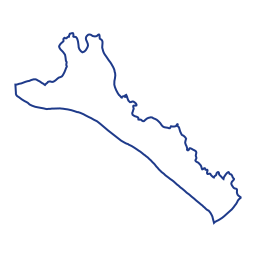 Lvea Aem, Kândal, Cambodia (Natural Earth projection)
{"feature_id": "14789045B58645721856410", "entity_name": "Lvea Aem", "entity_type": "district", "adm_level": 2, "iso_a3": "KHM", "parent_name": "Cambodia", "parent_adm1": "Kândal", "projection": "natural_earth1", "projection_center": [105.137, 11.518], "detail": "fine", "context": "isolated", "style": "outline", "palette": "blue", "viewbox_px": 256, "rotation_deg": 0, "n_neighbors": 0, "source": "geoboundaries", "source_scale": "gbopen_adm2", "svg_char_len": 5776}
<svg xmlns="http://www.w3.org/2000/svg" viewBox="0 0 256 256"><path d="M214.0,222.9L214.9,222.0L216.7,221.0L218.2,220.3L219.9,219.3L222.2,217.8L224.2,216.2L230.2,210.8L231.8,209.4L232.8,208.2L233.7,207.1L235.0,205.3L236.2,203.8L237.1,202.2L237.9,200.5L238.9,199.3L239.7,198.6L240.6,197.9L240.6,197.2L238.5,195.7L237.8,195.0L237.3,194.0L236.9,192.6L237.0,189.8L236.8,189.2L236.0,188.7L234.9,188.5L233.9,188.0L233.3,187.4L231.9,185.3L231.4,184.2L231.3,183.3L231.9,181.8L233.1,180.5L233.9,179.5L234.0,178.9L233.2,178.0L232.7,177.3L232.2,176.0L231.9,175.3L231.4,174.7L231.1,174.4L230.5,174.3L229.5,173.8L228.9,172.4L228.4,172.1L228.0,172.3L227.5,172.6L226.9,173.1L225.7,174.5L225.2,175.3L224.8,175.9L224.3,176.6L223.9,177.3L223.7,178.2L223.5,179.0L223.1,178.7L222.5,178.1L221.8,177.3L221.2,176.6L219.6,175.1L219.0,174.1L219.0,173.2L218.8,172.7L218.4,172.1L217.8,172.1L217.2,172.5L216.5,173.4L216.4,174.4L216.0,175.2L214.6,176.2L214.1,177.0L213.9,177.5L213.4,177.3L212.2,176.3L211.7,175.8L211.1,175.2L210.5,174.3L210.3,173.8L209.5,173.6L208.0,174.0L207.6,174.0L207.2,173.6L207.0,172.7L207.1,172.0L207.5,170.7L207.5,170.2L207.2,169.8L206.6,169.8L206.0,169.8L205.5,169.7L204.9,168.3L204.3,168.2L203.9,168.4L203.2,169.0L202.6,169.3L202.2,169.3L201.9,168.8L201.3,166.7L200.9,165.7L200.6,165.2L198.9,163.3L198.3,162.7L196.5,161.8L195.7,161.1L195.4,160.4L195.6,159.8L196.3,158.5L196.4,157.9L196.3,157.4L195.8,155.9L195.8,155.3L196.2,153.4L196.3,152.8L196.3,152.4L196.0,151.5L195.5,151.0L194.9,150.6L194.0,150.1L193.1,149.7L191.6,148.8L190.7,148.4L189.9,148.2L189.6,148.4L188.8,149.8L188.1,150.3L187.7,150.3L187.2,150.0L187.0,149.5L187.2,148.5L187.1,148.0L186.9,147.4L186.4,145.9L185.8,144.8L185.2,142.9L185.2,142.2L185.4,141.3L185.6,140.3L185.8,139.7L186.1,138.8L185.4,137.5L184.3,136.4L183.5,135.7L182.2,135.1L181.7,134.7L180.3,131.8L179.9,130.6L179.1,127.8L178.6,126.9L177.9,126.4L177.5,125.9L177.4,125.5L177.7,124.4L177.3,124.2L176.9,124.6L176.0,126.1L174.4,126.5L173.3,126.5L172.2,126.5L171.5,126.3L170.9,126.3L170.3,127.6L169.8,128.2L169.0,128.2L168.3,128.0L167.9,127.8L164.7,127.3L163.8,127.0L162.9,126.5L161.8,125.4L160.3,123.2L159.1,121.9L157.5,120.4L156.6,119.7L155.0,118.9L153.4,118.3L152.2,117.5L150.8,117.3L148.3,117.9L146.7,118.7L145.8,119.5L145.4,119.8L144.0,121.1L143.1,121.2L142.2,120.8L141.6,120.2L140.9,119.7L139.9,119.5L139.2,119.7L138.4,119.5L138.3,118.5L138.2,117.6L137.2,117.0L136.2,116.6L134.8,116.2L133.9,115.7L132.6,114.8L132.3,113.7L132.2,113.1L132.8,111.6L133.2,110.0L133.7,108.8L133.6,108.3L133.3,107.2L133.2,106.1L133.8,105.6L134.6,105.6L135.9,105.6L136.4,105.4L136.5,104.6L136.0,103.6L134.8,102.5L133.5,101.6L132.3,101.5L131.0,102.1L129.9,102.1L129.5,101.7L128.4,100.6L127.5,98.4L127.0,96.6L126.2,94.9L125.4,95.3L125.5,96.0L125.4,96.9L125.0,96.9L124.5,96.3L124.1,96.1L123.4,96.3L122.6,96.5L122.0,97.0L121.8,97.6L121.4,97.5L120.3,96.2L119.5,95.3L119.0,95.0L117.8,93.2L116.2,90.2L114.9,87.0L114.3,84.6L114.4,81.0L114.9,78.6L115.3,75.5L115.1,73.1L114.7,71.9L114.4,70.1L113.9,68.7L113.1,67.0L111.4,64.0L110.4,62.4L108.7,60.2L107.3,58.1L106.0,56.2L104.7,54.4L103.8,52.8L103.2,51.3L102.2,47.6L102.3,45.8L102.5,43.3L102.5,41.8L102.1,40.5L101.4,39.7L99.8,38.7L99.6,37.3L99.6,36.6L99.5,35.5L99.2,34.6L98.8,34.5L98.1,34.8L97.0,35.9L96.0,36.3L94.7,36.4L92.6,36.0L91.1,34.9L89.8,34.5L89.1,34.5L88.1,34.8L86.9,35.9L86.2,36.9L85.9,38.0L85.9,38.6L86.1,39.8L87.0,41.8L87.8,43.9L88.0,45.5L87.6,46.9L86.9,48.3L85.8,50.1L84.6,51.3L83.8,51.8L82.4,52.3L81.0,51.3L79.5,49.4L78.7,47.4L78.5,45.1L78.4,44.4L78.0,41.5L77.4,39.4L76.9,38.2L76.0,37.1L75.2,36.9L73.9,36.9L73.3,36.5L73.4,35.7L73.4,34.5L73.1,33.3L72.6,33.1L71.8,33.2L71.4,33.3L70.8,33.5L70.1,33.8L69.8,33.8L69.5,34.5L69.4,35.0L69.0,35.8L69.0,36.3L69.0,36.7L68.0,36.9L67.3,37.3L66.9,37.9L66.3,38.3L65.3,38.2L64.7,37.8L64.2,38.0L63.5,38.8L63.4,39.7L63.5,40.7L63.4,41.3L61.1,43.3L60.2,44.3L59.3,45.8L59.1,46.7L59.6,48.0L60.5,49.4L62.1,51.0L62.8,51.7L63.8,53.0L64.0,53.3L64.5,54.0L65.0,54.7L65.4,56.6L65.7,58.9L65.8,59.9L66.0,61.0L66.4,61.6L66.6,62.0L66.6,62.7L66.3,64.3L66.3,65.2L66.7,66.0L66.8,66.7L66.2,67.7L65.3,70.1L64.4,72.3L63.0,74.9L62.0,76.3L60.7,77.0L58.8,77.6L57.6,78.5L55.8,80.1L54.3,81.2L52.8,81.9L51.3,81.8L50.1,81.4L49.4,81.5L48.5,81.7L48.0,81.9L47.3,82.8L46.0,83.8L45.0,85.0L44.4,84.6L43.5,83.8L42.1,83.1L39.7,81.4L37.9,80.5L36.6,79.7L35.6,79.3L33.8,79.3L31.3,80.0L29.3,80.9L27.5,81.2L25.5,81.8L23.9,82.4L22.1,83.1L21.3,83.4L19.1,83.8L18.0,84.2L16.5,84.6L15.4,84.6L15.9,92.7L15.9,93.9L16.3,95.0L16.5,95.3L17.1,96.0L17.6,96.4L18.8,97.1L20.5,98.4L22.0,99.5L24.6,101.1L26.2,101.9L27.8,102.8L29.6,104.5L32.1,105.7L35.2,106.8L38.2,107.4L43.7,108.4L45.7,108.9L46.8,109.1L47.7,109.0L48.3,108.9L49.6,108.9L50.7,108.8L51.8,108.6L52.7,108.6L53.5,108.6L60.0,108.4L61.5,108.6L63.0,108.7L64.8,109.0L67.7,109.4L71.4,110.2L74.3,111.1L77.2,112.1L78.1,112.1L79.2,112.5L80.2,112.8L83.2,114.1L84.0,114.5L85.2,115.2L88.7,117.0L91.1,118.1L94.0,119.8L96.9,121.2L98.6,122.5L100.7,124.2L108.0,130.4L121.2,140.7L124.7,142.7L126.4,143.6L127.8,144.0L128.2,144.2L128.8,144.7L129.7,145.1L131.6,146.0L134.2,147.6L137.2,149.6L138.6,150.6L140.4,151.7L141.5,152.6L142.4,153.3L143.8,154.5L144.9,155.2L145.9,156.1L147.7,157.4L149.6,159.3L150.7,160.2L152.6,162.3L153.9,163.5L154.8,164.5L155.7,165.7L156.5,166.7L157.6,167.8L158.8,169.3L159.6,170.1L160.9,171.3L161.5,172.0L162.6,172.8L163.9,173.8L165.4,175.3L166.6,176.2L168.5,177.6L170.1,178.9L171.9,180.1L173.5,181.3L177.1,184.6L178.6,185.7L180.4,187.4L182.2,188.7L183.5,189.8L184.9,191.0L186.7,192.7L189.1,194.4L191.7,196.7L194.1,198.6L196.2,200.5L199.4,203.1L201.4,204.8L202.4,205.5L203.5,206.7L204.6,207.5L205.2,208.2L206.4,209.3L207.6,210.2L208.5,210.5L209.5,211.6L210.6,213.1L211.6,214.9L212.4,216.6L212.9,218.7L213.7,221.7L214.0,222.9Z" fill="none" stroke="#1e3a8a" stroke-width="2"/></svg>